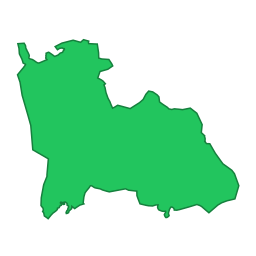 Kiri Kasama, Jigawa, Nigeria (Albers equal-area conic projection), rotated 86°
{"feature_id": "59680162B41078826165134", "entity_name": "Kiri Kasama", "entity_type": "district", "adm_level": 2, "iso_a3": "NGA", "parent_name": "Nigeria", "parent_adm1": "Jigawa", "projection": "albers", "projection_center": [10.22, 12.6], "detail": "fine", "context": "isolated", "style": "filled", "palette": "green", "viewbox_px": 256, "rotation_deg": 86, "n_neighbors": 0, "source": "geoboundaries", "source_scale": "gbopen_adm2", "svg_char_len": 3787}
<svg xmlns="http://www.w3.org/2000/svg" viewBox="0 0 256 256"><g transform="rotate(86 128 128)"><path d="M113.5,72.3L112.9,75.5L112.1,80.5L112.6,83.0L111.8,85.9L110.2,87.2L106.6,91.9L104.2,94.7L99.1,95.0L97.0,96.6L93.7,100.8L92.6,104.8L95.6,107.8L100.6,110.9L103.5,114.7L108.8,124.5L105.7,133.4L104.6,136.7L105.9,139.2L106.5,140.4L107.1,142.0L104.9,142.8L103.0,143.5L100.8,144.1L96.8,145.9L91.1,147.5L86.1,148.1L83.3,149.0L82.3,147.5L79.5,149.6L78.2,151.2L76.0,154.7L69.7,152.0L68.0,144.0L65.0,138.9L62.7,139.8L58.3,142.3L57.3,149.5L56.2,152.3L51.0,152.1L42.1,152.8L41.8,155.6L41.1,161.3L40.8,161.4L39.9,161.5L38.6,161.1L36.8,166.2L39.2,169.3L36.6,176.6L38.7,188.0L41.7,195.0L45.0,192.9L43.7,190.5L43.6,187.9L44.2,187.2L44.3,186.5L44.4,186.0L45.0,185.9L45.3,186.2L45.6,186.3L45.7,186.5L45.9,186.8L46.1,186.8L46.3,187.1L46.9,187.4L47.5,187.7L48.0,188.1L48.1,188.7L48.3,189.5L48.5,190.0L48.6,190.5L48.9,190.8L50.3,192.6L51.5,196.1L49.4,198.6L47.4,201.1L46.9,201.8L47.0,202.5L47.2,203.0L47.7,204.5L48.8,204.5L50.2,204.9L51.3,204.8L52.5,205.2L54.2,204.1L54.5,205.0L56.3,210.2L56.6,211.2L56.9,211.9L56.9,212.8L56.7,213.7L56.0,214.7L55.5,215.4L54.8,216.2L53.7,217.6L53.0,218.6L52.8,219.3L52.6,219.8L52.4,220.3L52.3,220.8L51.9,221.5L51.5,221.8L51.2,222.0L50.4,221.9L50.0,221.7L49.6,221.6L49.1,221.5L48.8,221.5L48.4,221.5L47.8,221.7L47.2,221.9L46.5,222.2L45.9,222.4L45.2,222.7L44.2,223.2L43.4,223.5L43.1,223.7L42.8,223.8L42.5,223.7L42.1,224.0L41.2,224.4L40.6,224.4L40.0,224.4L39.6,224.4L39.1,224.5L38.7,224.5L37.3,225.1L37.0,225.4L36.2,225.7L36.2,232.0L41.0,231.2L46.5,231.2L52.0,229.0L54.4,228.4L55.9,228.1L57.3,225.8L58.1,226.1L59.2,227.0L59.8,227.6L60.5,228.0L61.3,229.0L61.6,229.2L67.2,234.5L74.8,232.5L88.0,231.3L109.4,226.7L118.7,224.8L134.3,224.6L143.1,224.5L153.2,209.6L169.6,212.2L170.2,212.0L178.5,216.0L180.6,216.6L181.5,216.8L190.0,219.0L191.6,219.4L196.4,219.9L199.3,220.2L202.2,218.3L204.1,218.2L205.3,219.0L206.7,218.0L209.9,217.6L212.3,214.6L212.9,214.0L209.4,210.7L207.6,208.7L206.5,206.9L205.4,205.3L205.2,205.0L204.2,204.1L203.1,204.0L202.7,202.3L200.6,201.0L200.5,200.0L199.8,199.4L199.1,199.7L198.4,200.5L197.9,200.7L197.2,200.1L197.5,199.4L198.1,199.4L198.4,199.0L198.9,198.7L199.3,198.2L199.8,197.5L199.6,196.6L199.2,196.5L198.7,196.7L198.3,197.1L197.7,197.6L197.5,196.6L197.5,195.6L198.1,194.9L198.7,194.3L199.3,193.9L199.9,194.1L200.6,194.2L201.1,193.9L201.1,193.3L201.7,192.8L202.6,192.8L203.4,193.2L204.1,193.6L205.0,193.7L205.6,194.1L206.4,194.9L207.2,195.3L208.1,195.7L209.0,195.5L208.9,194.6L208.3,193.2L207.5,192.9L206.6,192.5L204.5,189.8L202.2,189.5L204.7,186.8L203.8,185.4L201.6,181.5L200.6,177.3L200.1,177.7L199.3,177.9L193.6,176.8L189.7,175.4L187.9,173.9L185.5,171.6L184.6,170.8L183.5,170.0L183.0,169.5L183.0,168.9L183.3,168.0L183.9,167.2L184.7,166.2L185.4,165.0L186.8,159.9L188.0,157.8L189.6,153.6L190.4,151.1L188.5,134.7L190.1,131.7L191.6,123.6L196.1,123.8L200.0,122.7L204.5,121.3L206.4,115.3L207.0,112.9L207.5,108.9L206.7,105.6L206.8,103.4L208.4,103.9L209.5,104.0L210.7,103.6L211.8,103.0L212.5,101.7L213.3,99.9L213.6,98.6L213.6,97.1L213.6,96.3L214.4,96.2L215.8,97.1L216.9,97.8L217.9,97.6L218.9,97.2L219.9,96.6L220.0,95.5L219.0,93.7L218.2,93.1L217.0,93.4L215.8,93.6L214.0,93.0L212.3,92.4L210.8,91.5L209.8,90.5L210.1,89.3L210.8,88.4L211.7,87.7L213.1,87.6L213.4,84.9L213.2,84.0L213.1,82.9L210.9,72.3L209.1,64.6L210.4,61.6L211.5,60.0L214.7,56.8L218.2,53.2L211.1,43.7L209.1,39.7L207.5,34.2L206.2,26.3L193.3,21.5L181.0,25.0L177.4,27.4L170.3,35.9L159.3,42.7L154.6,45.0L149.4,47.5L149.1,50.6L148.7,51.0L147.9,51.6L147.5,51.7L147.2,51.8L147.0,52.2L146.9,52.4L145.8,52.0L144.1,51.8L143.4,51.9L142.8,52.0L142.3,52.2L141.9,52.3L141.7,52.2L141.2,52.0L137.7,55.2L129.8,53.8L118.1,58.3L112.5,64.5L113.5,72.3Z" fill="#22c55e" stroke="#15803d" stroke-width="1.5"/></g></svg>